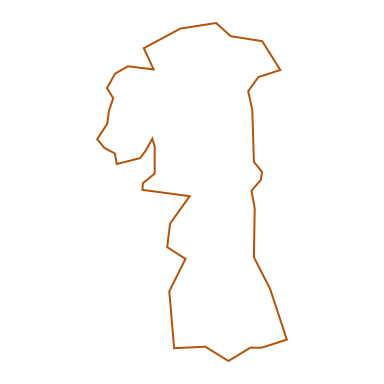 outline of Zinder, Zinder, Niger
{"feature_id": "23599985B17840081467963", "entity_name": "Zinder", "entity_type": "district", "adm_level": 2, "iso_a3": "NER", "parent_name": "Niger", "parent_adm1": "Zinder", "projection": "natural_earth1", "projection_center": [8.977, 13.754], "detail": "fine", "context": "isolated", "style": "outline", "palette": "amber", "viewbox_px": 384, "rotation_deg": 0, "n_neighbors": 0, "source": "geoboundaries", "source_scale": "gbopen_adm2", "svg_char_len": 677}
<svg xmlns="http://www.w3.org/2000/svg" viewBox="0 0 384 384"><path d="M116.8,164.0L140.1,158.1L145.8,150.5L152.3,138.7L154.7,146.3L154.7,173.5L142.9,183.2L142.5,189.9L189.7,196.2L170.1,223.5L167.2,247.2L185.5,258.9L177.4,275.0L169.3,291.3L174.1,348.2L205.3,346.7L228.4,361.0L250.3,347.7L261.6,347.7L286.8,339.6L270.1,288.9L253.9,257.2L254.7,208.3L251.5,190.8L260.8,179.9L262.0,171.9L253.9,161.9L252.3,110.2L248.2,91.2L258.3,77.1L280.3,70.0L262.2,41.2L230.7,36.2L216.1,23.0L180.3,28.6L143.8,48.2L153.6,69.4L128.0,66.3L115.1,73.6L107.0,88.1L113.2,98.2L108.9,111.0L107.3,123.6L97.2,139.2L104.4,147.9L114.9,153.5L116.8,164.0Z" fill="none" stroke="#b45309" stroke-width="2"/></svg>